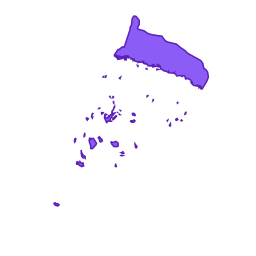 Midi, Hajjah, Yemen, rotated 298°
{"feature_id": "15242507B83103205988735", "entity_name": "Midi", "entity_type": "district", "adm_level": 2, "iso_a3": "YEM", "parent_name": "Yemen", "parent_adm1": "Hajjah", "projection": "albers", "projection_center": [42.574, 16.143], "detail": "fine", "context": "isolated", "style": "filled", "palette": "violet", "viewbox_px": 256, "rotation_deg": 298, "n_neighbors": 0, "source": "geoboundaries", "source_scale": "gbopen_adm2", "svg_char_len": 5946}
<svg xmlns="http://www.w3.org/2000/svg" viewBox="0 0 256 256"><g transform="rotate(298 128 128)"><path d="M226.1,80.5L221.0,82.6L217.5,82.7L215.8,83.6L197.6,86.7L197.0,84.9L193.7,83.5L192.3,82.3L186.1,81.7L186.1,83.1L186.5,83.1L186.8,84.3L186.5,85.4L186.1,85.6L186.8,85.9L186.4,86.5L187.2,87.6L187.5,87.3L187.6,87.9L186.8,88.7L187.7,88.8L189.4,91.0L190.4,91.5L190.8,92.8L191.8,94.0L191.5,95.2L190.4,95.1L190.1,93.4L189.7,94.0L188.9,91.5L188.9,92.6L187.4,92.3L186.2,94.0L187.4,92.3L187.9,92.4L188.7,93.6L188.0,93.9L187.6,94.3L186.9,94.0L187.5,94.5L188.5,93.7L189.4,93.6L191.0,97.1L191.2,99.5L190.9,99.3L191.1,99.7L190.4,100.3L191.0,100.7L190.4,100.9L191.0,101.0L190.5,101.1L191.1,101.4L190.3,101.7L190.7,104.8L191.4,106.2L191.0,106.3L191.7,106.7L191.4,106.8L192.6,109.7L192.9,109.9L193.6,109.5L194.2,110.5L194.0,111.0L192.7,111.3L192.8,111.7L192.5,111.4L192.7,110.7L192.4,111.6L192.8,113.5L193.5,114.2L193.1,114.5L192.9,116.6L192.0,115.9L193.0,117.4L193.1,117.9L192.6,117.2L193.8,119.8L193.8,119.3L194.1,119.5L193.8,118.7L195.2,120.6L195.8,120.4L196.2,120.9L195.7,121.9L195.3,121.4L194.6,121.5L194.1,120.4L193.5,121.2L195.7,123.9L196.7,127.1L197.3,126.7L197.0,125.3L197.9,124.3L197.9,123.4L198.1,124.1L197.8,127.4L196.0,128.6L196.1,129.2L195.5,129.6L195.7,130.8L195.3,132.8L196.0,135.1L195.9,137.6L196.5,137.5L195.9,138.0L197.7,142.1L198.5,142.6L197.8,142.6L198.0,144.6L196.8,146.6L198.8,149.4L199.0,152.0L200.1,152.1L200.7,153.0L199.4,155.4L198.8,155.2L198.3,155.9L199.7,157.5L199.8,160.6L198.5,163.3L197.6,163.9L197.5,162.9L196.8,164.3L196.5,166.4L197.5,169.2L198.4,169.0L198.5,169.5L197.7,170.0L197.9,170.9L197.5,171.3L199.0,171.2L199.1,171.6L198.0,171.8L198.8,172.1L198.4,173.0L197.3,172.3L197.3,173.4L197.9,173.7L196.9,174.0L197.2,175.1L206.4,175.6L210.6,175.1L214.7,172.1L216.0,169.6L216.5,166.7L220.1,163.8L221.7,160.6L222.0,145.5L223.2,141.5L223.7,136.4L224.8,131.4L222.4,122.0L222.8,119.2L225.0,114.7L224.0,112.0L223.3,111.2L223.4,110.3L221.6,105.2L220.8,101.2L221.4,96.5L220.0,90.6L221.2,89.3L224.8,89.3L227.8,87.7L228.7,86.7L230.3,82.6L229.8,80.8L227.8,80.4L226.1,80.5ZM101.7,101.0L100.9,98.9L99.2,99.5L99.4,99.8L100.0,99.5L99.9,100.1L99.1,99.8L98.9,99.5L97.5,100.5L94.7,103.5L92.4,104.7L93.1,106.3L98.1,107.6L99.7,107.4L102.6,102.3L101.7,101.0ZM127.6,105.4L126.6,104.4L127.4,101.9L126.6,102.1L125.9,102.5L122.8,106.5L123.1,106.9L123.9,106.6L124.5,106.9L126.1,110.0L126.8,108.4L127.7,108.2L131.5,108.4L135.1,109.4L133.7,107.8L134.3,106.7L135.8,106.1L136.8,106.5L137.4,106.6L138.9,106.1L140.3,106.4L140.9,106.0L138.8,106.0L137.4,106.5L136.0,106.0L135.3,106.0L132.6,107.2L131.0,106.2L129.0,106.1L128.9,105.4L128.4,105.3L130.4,104.9L127.6,105.4ZM107.5,127.8L110.0,126.4L110.5,123.6L108.1,121.5L108.0,119.9L107.6,119.6L106.3,120.9L105.1,124.2L105.3,125.2L106.6,127.3L107.5,127.8ZM74.0,98.8L73.0,98.9L72.0,99.7L72.6,101.7L72.2,102.9L72.2,105.3L73.6,106.6L74.1,106.4L74.2,105.5L75.7,105.3L76.0,104.6L75.0,103.1L75.9,101.1L73.0,100.3L72.9,99.8L73.6,99.3L73.9,100.1L74.4,99.2L74.0,98.8ZM105.3,106.4L104.9,107.8L103.1,109.1L102.7,110.2L103.9,111.3L104.8,111.3L105.4,110.8L106.8,106.7L105.3,106.4ZM86.7,96.9L82.8,99.2L81.1,100.7L80.6,102.2L80.7,102.9L81.4,103.5L81.2,104.4L81.6,104.2L81.8,103.4L82.8,103.4L82.9,101.1L84.7,98.4L86.7,96.9ZM27.8,103.2L28.2,101.4L27.4,100.5L27.8,99.0L26.8,98.0L25.7,99.3L26.1,102.6L27.8,103.2ZM137.7,130.7L137.9,129.6L136.8,129.0L135.8,127.1L135.1,127.1L134.8,128.7L135.3,129.5L136.4,130.8L137.7,130.7ZM143.6,127.0L143.6,125.9L142.9,125.1L142.3,125.4L141.7,126.3L142.2,128.3L142.8,128.3L143.6,127.0ZM185.4,82.3L185.5,82.0L185.2,82.5L185.3,83.4L184.6,85.6L183.9,86.9L186.2,89.8L187.9,91.2L188.2,91.0L187.7,90.9L187.4,90.1L186.5,89.8L185.2,87.6L184.7,85.9L185.5,84.0L185.3,82.5L185.7,82.2L185.4,82.3ZM130.1,110.5L129.7,110.0L128.3,110.7L128.9,111.3L132.9,112.3L133.3,112.1L132.9,111.5L130.1,110.5ZM115.7,144.7L117.2,141.8L114.6,143.5L114.2,144.0L114.4,144.7L115.7,144.7ZM94.1,86.5L93.2,86.2L91.7,86.6L90.6,87.6L91.6,87.7L94.0,87.0L94.1,86.5ZM117.7,87.6L117.3,86.6L116.5,87.0L115.8,88.3L117.5,88.7L117.7,87.6ZM159.4,166.8L158.2,166.1L157.5,166.5L157.6,167.3L158.8,168.0L159.4,166.8ZM129.9,98.9L129.2,97.4L128.0,98.2L128.5,98.8L129.9,98.9ZM103.4,92.1L100.3,92.9L99.8,93.3L100.4,93.6L102.4,92.7L103.4,92.1ZM129.9,102.7L129.7,101.5L128.8,101.2L128.3,101.5L129.1,102.5L129.9,102.7ZM151.7,163.4L149.7,163.3L149.4,164.2L150.2,164.4L151.7,163.4ZM123.3,89.8L120.9,90.5L120.0,91.8L120.9,91.7L120.5,91.3L120.7,90.9L122.0,90.3L125.0,90.2L123.3,89.8ZM88.5,135.8L90.7,133.7L89.3,134.7L88.9,134.4L88.1,134.9L88.1,135.3L88.5,135.8ZM169.6,171.7L168.3,171.5L166.9,171.8L167.5,172.3L169.6,171.7ZM103.8,136.9L103.8,135.8L102.9,133.8L102.8,134.3L103.8,136.9ZM149.4,100.1L148.5,99.9L147.7,100.6L148.4,100.8L148.9,100.1L149.4,100.1ZM159.9,172.3L160.2,171.4L159.5,171.3L159.4,172.0L159.9,172.3ZM169.2,97.5L167.9,97.0L167.8,97.8L169.2,97.5ZM101.2,136.2L101.1,135.5L100.4,134.7L100.3,135.1L101.2,136.2ZM166.5,130.8L165.2,129.8L164.7,130.1L166.5,130.8ZM193.7,126.0L193.0,126.2L193.9,127.2L193.7,126.0ZM132.2,93.7L132.2,93.2L131.4,93.1L131.6,93.4L132.2,93.7ZM187.9,107.6L187.7,106.9L187.1,107.8L187.5,107.8L187.9,107.6ZM164.4,137.4L165.5,136.7L163.8,137.2L164.4,137.4ZM163.6,84.1L163.3,83.9L162.2,84.2L162.4,84.5L163.6,84.1ZM185.8,87.0L185.4,85.1L185.3,85.3L185.3,85.9L185.8,87.0ZM189.3,116.7L189.0,116.1L188.7,116.4L188.9,117.1L189.3,116.7ZM162.0,82.3L161.4,82.0L161.2,82.1L161.6,82.5L162.0,82.3ZM104.3,135.3L104.6,134.6L104.4,134.5L104.3,135.3ZM173.9,159.8L173.4,159.7L173.1,160.0L173.7,160.2L173.9,159.8ZM137.1,112.0L137.1,111.2L136.9,111.6L137.1,112.0ZM139.8,114.0L140.0,113.4L139.9,113.0L139.7,113.4L139.8,114.0ZM143.8,103.3L143.5,103.3L143.2,103.8L143.4,103.8L143.8,103.3ZM153.5,159.4L153.0,159.1L152.8,159.5L153.5,159.4ZM147.4,97.3L147.0,97.2L146.9,97.9L147.4,97.3ZM136.0,114.6L136.2,113.8L136.1,113.7L135.9,114.4L136.0,114.6ZM145.2,102.6L144.6,102.7L143.9,103.1L145.2,102.6Z" fill="#8b5cf6" stroke="#5b21b6" stroke-width="1.5"/></g></svg>